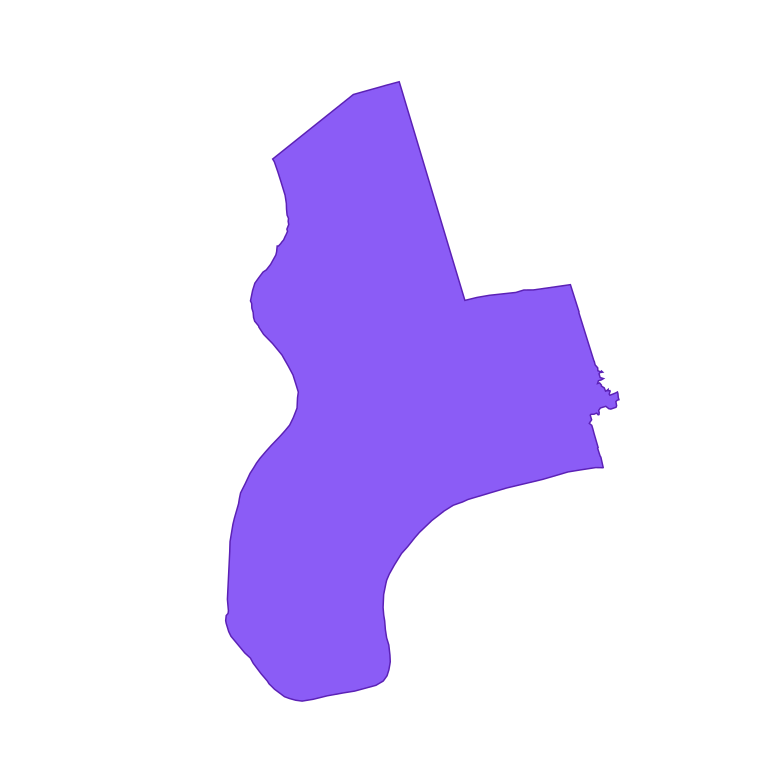 Sabach Sanjar, North Bank, Gambia (Albers equal-area conic projection), rotated 73°
{"feature_id": "56634734B86795933582352", "entity_name": "Sabach Sanjar", "entity_type": "district", "adm_level": 2, "iso_a3": "GMB", "parent_name": "Gambia", "parent_adm1": "North Bank", "projection": "albers", "projection_center": [-15.427, 13.542], "detail": "fine", "context": "isolated", "style": "filled", "palette": "violet", "viewbox_px": 768, "rotation_deg": 73, "n_neighbors": 0, "source": "geoboundaries", "source_scale": "gbopen_adm2", "svg_char_len": 2912}
<svg xmlns="http://www.w3.org/2000/svg" viewBox="0 0 768 768"><g transform="rotate(73 384 384)"><path d="M136.3,424.7L139.4,423.9L150.4,423.5L160.1,423.4L168.4,423.4L168.7,423.4L174.6,423.4L182.8,424.6L188.3,426.1L192.2,426.9L194.2,427.3L197.7,426.9L200.4,428.1L203.6,428.5L203.8,428.6L205.5,430.0L207.5,431.6L209.8,431.6L212.6,434.0L213.1,434.5L214.1,435.5L216.9,437.9L218.4,440.3L219.6,441.8L221.2,444.6L220.8,445.8L226.3,448.1L229.0,449.7L236.5,457.5L240.2,462.8L240.4,463.0L241.6,467.0L245.9,472.9L249.8,478.0L256.1,482.3L265.5,487.4L268.2,487.0L272.9,488.2L277.2,488.2L282.3,489.3L286.2,489.3L291.7,487.0L293.2,487.0L301.4,484.6L312.8,478.7L326.4,473.1L331.9,471.9L338.9,470.3L348.7,468.4L359.3,468.3L366.7,468.3L371.8,470.7L381.6,474.2L386.3,477.9L389.8,480.7L395.7,486.2L399.6,492.1L403.9,499.2L409.8,509.8L411.3,512.3L414.1,516.9L418.8,524.3L422.3,529.0L425.9,533.0L430.2,538.1L438.8,545.9L446.2,553.0L451.3,555.8L456.0,558.1L468.6,566.3L474.0,569.5L489.7,577.3L493.5,578.6L499.1,580.5L544.1,596.7L555.4,599.1L557.8,600.2L559.3,602.6L564.0,604.6L566.8,604.9L575.4,604.9L580.5,604.1L589.8,600.2L600.4,595.8L607.0,591.9L612.9,590.7L625.0,586.3L634.0,582.4L637.1,581.6L639.8,580.1L643.8,578.0L653.9,570.6L657.1,566.4L660.6,560.9L663.3,555.0L664.1,549.1L664.8,544.0L665.6,529.4L667.5,513.3L669.1,501.8L669.8,479.8L667.8,471.5L663.9,466.4L658.8,462.9L654.1,460.5L651.4,459.2L645.1,457.6L635.0,455.7L630.6,455.7L627.5,455.7L619.3,454.5L610.7,452.6L604.8,451.8L597.4,450.2L585.3,445.9L575.3,440.5L572.4,438.8L567.3,434.5L560.2,427.1L551.2,416.8L546.5,409.0L539.8,399.2L537.4,395.3L536.3,393.6L528.5,378.1L523.0,363.6L520.2,353.3L519.9,346.8L519.8,343.5L519.0,337.6L519.0,332.8L519.2,308.4L519.3,297.1L519.8,289.2L521.6,260.1L521.9,233.7L523.5,221.9L525.8,206.1L528.1,199.0L528.0,198.8L517.4,198.0L515.9,198.4L507.8,198.5L507.4,197.8L492.8,197.6L487.8,197.4L487.6,197.4L484.3,197.4L481.7,199.2L480.9,198.3L478.9,195.9L474.1,195.9L473.5,195.0L474.3,191.9L474.1,190.4L474.1,189.1L476.1,188.2L476.1,187.3L474.1,186.5L472.1,186.5L470.2,184.1L470.2,180.1L470.2,178.4L473.4,176.2L474.3,174.4L474.1,168.9L472.8,167.9L468.6,167.4L467.7,165.7L467.7,163.9L465.4,163.9L461.6,163.1L459.9,163.1L460.3,165.2L460.8,171.2L459.5,171.6L457.1,169.9L456.4,169.9L456.0,171.6L454.7,171.2L455.6,173.4L455.6,174.2L453.3,174.4L452.1,174.5L449.5,176.7L448.6,176.4L446.0,177.5L446.0,179.7L443.6,178.0L443.6,174.9L443.0,172.5L441.0,175.4L437.1,175.4L436.2,174.3L436.6,171.4L435.1,172.3L435.8,173.2L433.8,175.6L431.0,174.9L429.0,175.8L427.5,176.5L423.8,176.3L423.2,176.5L407.4,176.6L372.9,176.8L372.0,176.4L343.5,176.7L337.7,213.7L335.0,222.8L335.0,227.9L335.0,231.1L330.0,257.2L328.4,269.8L327.7,282.2L280.3,282.0L198.9,281.6L181.6,281.5L121.8,281.2L108.2,281.1L102.4,281.1L99.4,281.1L98.9,295.5L98.9,297.5L98.8,302.1L98.4,318.4L98.2,328.7L107.4,351.9L119.9,383.4L136.3,424.7Z" fill="#8b5cf6" stroke="#5b21b6" stroke-width="1.5"/></g></svg>